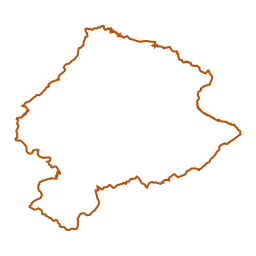 the district of Den Chai, Phrae, Thailand
{"feature_id": "78962969B35884662782680", "entity_name": "Den Chai", "entity_type": "district", "adm_level": 2, "iso_a3": "THA", "parent_name": "Thailand", "parent_adm1": "Phrae", "projection": "albers", "projection_center": [100.03, 17.912], "detail": "fine", "context": "isolated", "style": "outline", "palette": "amber", "viewbox_px": 256, "rotation_deg": 0, "n_neighbors": 0, "source": "geoboundaries", "source_scale": "gbopen_adm2", "svg_char_len": 5695}
<svg xmlns="http://www.w3.org/2000/svg" viewBox="0 0 256 256"><path d="M240.6,134.4L240.1,133.1L240.1,131.1L238.6,130.2L237.2,128.6L237.0,127.8L235.4,126.6L234.2,124.7L232.4,125.0L231.2,124.7L230.8,124.3L230.8,123.8L230.0,124.0L229.4,123.5L228.6,123.7L228.0,123.1L227.4,123.0L226.7,122.0L220.9,121.3L219.3,119.9L218.7,121.0L218.1,121.0L217.6,120.0L216.6,120.1L214.3,118.8L213.8,118.1L213.0,118.1L212.5,117.3L211.7,117.3L211.2,116.7L210.5,116.8L209.7,115.6L208.4,115.6L207.1,114.6L206.7,115.1L204.9,113.4L204.0,113.5L203.5,112.7L201.4,111.6L200.5,110.0L199.6,109.9L199.4,108.6L198.6,108.8L198.2,108.0L197.6,107.6L198.2,106.8L197.1,105.1L197.7,103.4L197.0,102.3L197.5,100.2L198.3,99.8L199.0,98.3L198.8,96.9L197.8,95.5L198.3,91.8L200.4,90.7L201.0,89.9L200.8,88.6L204.0,86.2L209.6,84.6L212.2,78.4L212.1,76.4L209.6,73.3L208.8,70.7L208.3,70.5L207.9,70.7L205.6,73.2L203.8,73.0L203.2,72.2L201.2,71.5L199.9,70.4L199.4,67.8L197.0,65.6L194.6,66.1L193.7,65.6L192.4,65.6L191.2,64.9L191.3,64.2L190.9,63.9L190.8,63.0L188.6,62.6L188.2,61.8L186.8,61.8L186.6,62.1L186.2,61.7L185.1,61.9L184.6,62.4L184.1,62.2L183.7,62.5L182.8,62.2L182.4,61.7L182.5,61.2L181.5,60.4L181.6,60.1L179.8,59.8L178.9,59.1L179.1,57.7L178.3,56.7L178.1,54.7L177.8,54.3L178.1,53.6L177.2,53.0L177.0,52.6L177.3,52.5L177.2,52.0L176.9,52.3L176.9,51.9L175.9,51.4L174.8,51.5L173.3,51.2L171.4,49.9L170.0,47.2L169.1,47.0L166.1,47.8L165.7,47.6L164.0,48.5L163.2,47.3L162.8,47.4L161.7,46.6L158.4,46.3L157.7,46.6L157.3,46.2L157.2,45.1L156.8,45.0L155.9,46.1L155.3,46.0L155.1,46.3L155.1,45.8L154.1,45.5L152.7,45.9L152.4,45.6L154.6,44.4L155.2,43.4L155.1,42.0L152.3,41.9L145.8,40.9L142.7,41.3L140.8,41.8L139.6,41.7L132.5,39.6L131.9,39.2L130.0,39.0L127.3,36.1L123.6,37.7L122.4,36.6L121.4,36.6L121.3,35.8L120.8,35.5L120.3,35.4L119.4,36.2L117.9,35.8L119.2,34.3L118.3,34.6L117.1,33.5L116.1,33.5L115.9,33.1L116.3,32.4L114.5,31.8L114.2,31.3L114.0,31.8L112.3,32.1L111.2,31.3L111.1,32.2L110.6,32.5L110.5,31.1L112.0,30.6L112.2,30.1L111.6,28.8L110.8,28.2L109.4,29.1L107.9,28.4L107.7,29.1L105.3,29.9L105.2,29.2L104.3,28.6L103.3,26.8L103.8,26.5L103.6,26.0L102.2,25.9L101.3,26.0L100.4,27.4L99.1,27.7L98.2,27.1L96.8,28.6L95.4,28.3L94.3,28.4L92.0,29.9L90.8,29.1L89.4,29.0L88.3,29.2L87.4,28.5L85.6,28.8L85.4,29.8L86.0,32.0L87.1,33.1L86.9,34.1L87.6,35.3L87.2,36.7L86.2,36.7L85.1,37.4L84.8,39.4L83.7,41.7L83.3,45.4L82.3,46.0L80.7,47.7L79.0,48.1L78.6,48.4L77.6,55.6L76.0,57.2L75.7,58.0L75.2,58.3L74.1,59.6L71.9,60.8L69.6,63.3L68.7,63.8L66.8,64.0L64.6,65.6L63.7,67.7L65.2,69.4L65.0,70.3L64.5,71.1L59.3,75.5L58.3,78.3L58.9,79.2L58.8,79.8L57.0,80.0L51.6,81.9L48.5,84.4L48.4,85.2L49.1,85.9L49.1,86.4L46.4,87.4L45.3,89.0L45.1,89.8L43.6,90.8L42.2,92.8L41.5,93.1L40.9,94.2L39.9,94.6L39.3,95.3L36.5,95.0L35.5,96.4L33.5,97.5L32.7,98.8L31.4,99.4L30.4,100.6L27.8,102.1L25.8,102.4L23.7,105.4L22.4,105.8L22.7,106.3L25.7,106.5L27.1,109.2L27.7,109.4L27.7,110.0L28.6,110.5L28.2,111.1L27.0,111.4L26.8,112.1L25.8,112.6L25.9,113.9L24.4,113.8L24.3,115.0L23.1,115.3L23.2,116.2L22.0,116.6L21.4,117.6L20.1,117.5L18.3,117.9L17.8,118.3L17.1,118.1L16.8,119.0L17.6,119.0L18.0,119.6L17.1,123.9L18.0,124.6L18.2,125.2L18.0,128.0L16.8,129.7L16.3,131.2L17.1,133.4L17.3,137.3L17.1,137.8L15.9,138.3L15.4,139.1L15.8,140.0L17.1,140.6L20.6,140.5L23.5,143.2L25.4,145.3L26.4,147.1L26.6,151.5L28.5,153.2L29.7,153.6L31.2,153.5L32.4,152.7L32.7,151.1L33.6,150.4L34.5,149.9L37.2,149.6L38.5,150.2L37.6,153.8L38.3,155.1L40.2,156.9L43.2,157.9L48.3,157.3L50.0,157.8L50.6,158.7L50.1,160.4L49.1,161.2L47.4,161.7L48.6,162.5L49.0,164.3L49.5,164.9L51.2,165.5L51.0,166.8L51.4,167.3L53.1,167.4L55.1,166.3L56.4,166.7L60.0,172.7L60.0,173.5L59.4,173.7L57.8,172.2L57.1,172.4L57.4,175.8L56.2,175.7L55.9,176.1L56.2,177.8L56.8,178.3L56.6,178.6L52.8,178.5L51.1,178.1L50.5,178.9L49.5,178.6L42.0,181.1L39.8,182.2L39.4,182.9L39.1,184.6L38.3,185.3L38.4,188.5L38.7,190.0L39.5,191.2L40.6,191.9L42.1,195.2L41.2,196.4L40.9,197.6L39.4,198.6L35.3,200.3L32.8,202.0L31.8,203.2L31.6,204.6L29.6,206.2L29.7,207.1L34.6,209.7L35.9,209.7L38.0,208.4L38.7,208.4L41.6,210.5L42.1,211.9L42.4,214.2L45.3,214.4L45.9,215.9L47.3,216.2L48.9,217.5L51.6,218.7L53.1,220.8L54.0,220.8L56.0,220.0L56.9,220.1L58.1,222.8L59.5,224.2L59.9,226.3L61.9,227.1L64.3,227.2L66.5,229.8L68.7,230.1L69.5,229.9L71.9,228.5L75.5,229.2L76.7,228.8L77.9,225.6L77.8,223.9L78.3,221.3L77.5,219.1L79.9,214.7L80.6,213.9L83.9,213.1L84.9,213.6L86.4,215.2L89.3,215.1L90.8,213.8L92.5,211.7L94.4,210.8L98.4,205.2L99.0,203.0L98.9,201.0L97.1,197.6L96.8,195.5L95.5,190.8L95.9,190.2L97.8,190.6L98.5,190.3L98.4,189.3L97.4,187.4L97.4,186.3L101.8,189.5L102.6,189.4L104.1,187.3L107.4,186.9L109.4,184.9L110.4,185.2L113.0,187.7L113.9,187.8L115.2,187.1L116.9,185.3L118.5,184.6L119.7,184.7L120.4,184.0L122.1,183.9L123.3,182.9L124.6,182.9L125.1,183.9L125.7,183.9L126.2,183.5L126.7,181.5L128.8,181.7L129.3,181.3L129.9,179.5L130.9,179.4L131.6,178.8L132.7,179.1L133.8,178.6L135.0,178.6L135.6,178.2L136.7,176.6L138.6,178.0L141.9,183.4L143.6,183.9L145.2,184.9L145.5,186.3L147.0,187.6L148.4,184.5L149.6,183.1L151.0,182.2L152.2,182.0L153.3,182.7L155.5,182.4L160.4,183.9L161.3,183.5L161.7,182.3L163.1,182.7L163.5,182.6L163.5,180.7L164.0,180.3L166.9,179.8L169.1,180.5L169.4,179.8L168.8,178.8L169.5,177.5L174.0,174.2L174.6,174.3L177.5,176.9L178.3,177.2L179.7,176.4L181.1,176.3L182.5,175.3L183.8,175.2L184.7,174.7L186.0,173.3L186.7,171.3L189.3,170.2L191.6,168.5L195.4,168.4L197.8,169.2L198.8,170.2L199.6,169.0L201.0,168.7L202.2,167.1L205.1,165.2L206.7,163.1L209.1,162.3L210.9,158.8L212.4,157.9L214.2,156.0L215.5,154.3L216.9,151.8L219.2,149.7L219.4,149.0L219.2,147.0L219.9,145.8L221.7,144.7L224.9,143.3L226.5,144.1L227.3,144.0L228.6,142.7L234.1,139.1L238.8,135.4L240.6,134.4Z" fill="none" stroke="#b45309" stroke-width="2"/></svg>